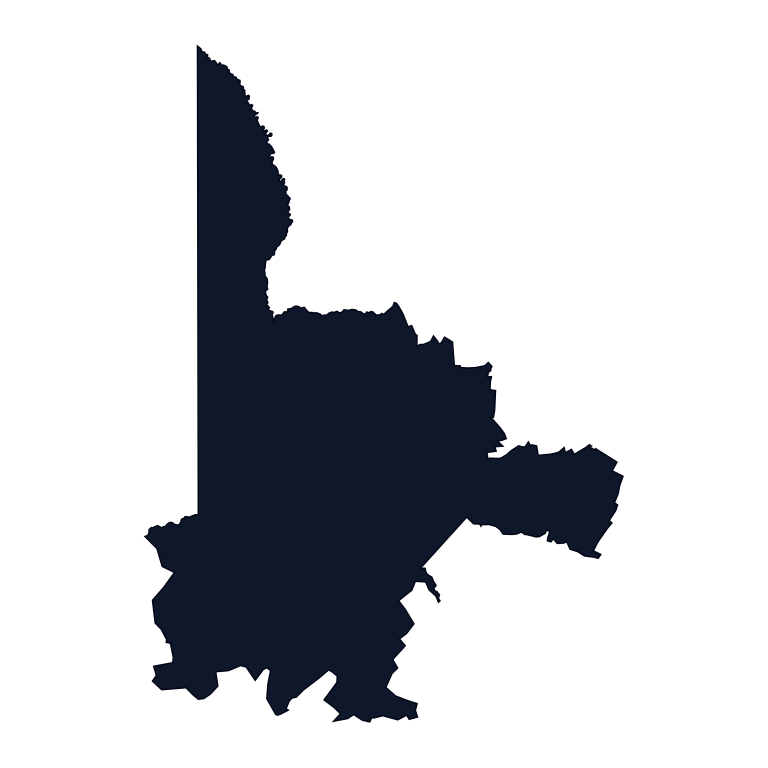 the district of Z F Mgcawu, Northern Cape, South Africa
{"feature_id": "47623444B49450251729649", "entity_name": "Z F Mgcawu", "entity_type": "district", "adm_level": 2, "iso_a3": "ZAF", "parent_name": "South Africa", "parent_adm1": "Northern Cape", "projection": "robinson", "projection_center": [20.762, -27.405], "detail": "fine", "context": "isolated", "style": "filled", "palette": "ink", "viewbox_px": 768, "rotation_deg": 0, "n_neighbors": 0, "source": "geoboundaries", "source_scale": "gbopen_adm2", "svg_char_len": 6086}
<svg xmlns="http://www.w3.org/2000/svg" viewBox="0 0 768 768"><path d="M589.3,444.7L586.6,447.0L574.3,454.4L571.4,449.4L565.4,452.8L564.1,447.6L559.1,452.0L555.0,453.3L549.9,454.3L538.1,455.4L536.6,445.9L531.9,444.9L530.8,446.1L528.4,442.0L525.0,447.1L521.9,446.8L518.6,445.8L511.0,450.8L507.0,454.5L501.0,458.1L498.4,458.5L490.2,458.2L487.1,458.6L487.6,456.3L486.8,452.4L496.1,451.2L494.8,446.7L502.8,446.1L497.5,441.1L501.8,440.3L506.2,438.6L504.3,433.6L500.5,428.3L493.3,420.1L490.5,417.6L493.4,417.4L494.6,410.5L495.5,390.6L490.0,389.8L490.3,382.0L491.4,376.7L487.5,376.9L488.3,372.3L490.5,370.9L490.9,368.3L491.9,366.4L488.3,362.5L484.8,365.8L475.8,367.6L469.2,368.0L460.3,367.7L460.4,365.9L454.3,365.6L452.5,342.1L444.6,337.2L442.0,341.7L439.9,344.2L438.6,343.2L437.5,341.1L433.5,336.0L430.6,341.5L423.4,344.5L420.2,344.5L416.9,346.2L417.0,335.3L415.4,334.5L411.7,325.6L408.0,326.8L403.1,314.2L398.6,306.2L396.3,303.2L394.4,302.6L393.4,304.7L393.1,306.8L392.1,306.9L391.2,308.1L388.3,310.2L384.3,314.0L383.6,314.4L381.8,313.4L380.1,314.8L376.2,315.1L372.7,311.8L370.6,311.6L369.1,312.9L366.8,312.0L365.1,314.4L362.1,313.0L360.7,311.8L358.2,311.7L355.8,310.0L351.9,309.4L348.8,310.4L344.0,309.8L342.3,311.8L340.3,312.8L339.2,312.8L337.0,311.3L334.4,312.4L331.8,312.1L328.7,313.3L326.9,315.1L324.5,315.1L322.3,316.0L320.2,314.1L316.2,312.7L314.2,313.1L312.1,312.5L308.8,312.5L306.0,309.7L304.5,307.4L303.4,307.4L301.7,308.3L297.7,306.2L295.1,306.2L290.6,308.9L287.9,309.0L287.5,311.9L284.2,311.9L282.7,314.2L281.7,315.0L277.9,315.0L276.4,315.5L275.6,316.2L274.4,319.3L273.1,320.3L273.3,319.6L272.1,314.3L273.1,312.7L272.8,311.7L268.7,310.2L268.4,309.4L269.3,307.7L267.8,305.8L266.2,304.8L267.6,303.3L267.9,302.4L266.6,300.0L267.6,297.0L266.1,295.4L265.4,292.0L265.6,290.8L267.6,289.3L267.0,286.4L267.5,283.1L267.3,279.9L267.1,278.7L264.9,275.8L264.9,272.7L264.3,270.0L265.0,268.0L265.7,260.9L266.6,259.8L269.2,259.5L272.2,255.0L274.0,255.0L274.6,253.2L274.4,251.3L276.1,249.0L276.9,246.8L279.5,244.8L281.2,240.8L284.6,238.8L284.9,237.2L286.3,235.5L286.5,233.5L287.4,231.6L287.3,228.7L287.8,227.4L288.6,226.2L290.5,224.9L292.6,221.1L292.0,219.9L290.2,219.9L288.0,217.6L288.0,217.0L289.9,215.6L290.3,214.4L288.7,213.4L287.7,211.6L289.3,210.1L289.6,208.7L289.2,207.0L287.4,204.8L288.8,202.6L289.1,200.5L290.1,199.2L290.1,198.5L286.0,194.0L285.5,191.2L287.0,190.0L287.1,187.4L286.1,186.4L284.2,186.2L283.8,185.5L283.6,184.7L284.5,182.8L284.1,181.0L284.6,179.5L284.4,178.9L283.8,178.6L282.7,179.1L280.6,181.8L279.0,181.4L279.6,179.1L281.5,177.3L281.7,176.0L280.6,175.0L278.2,174.9L278.1,171.8L276.7,168.1L275.6,166.6L272.3,164.4L271.9,162.1L273.3,159.5L273.4,157.4L271.7,156.7L270.5,157.8L269.4,157.7L269.5,156.2L270.9,153.4L273.7,153.3L274.5,152.3L271.4,146.5L269.0,144.1L267.3,143.9L266.9,143.3L266.9,141.7L268.5,139.8L267.5,137.4L267.7,136.7L268.2,136.3L271.1,136.2L271.7,135.4L271.9,134.1L271.0,133.2L270.3,133.2L268.6,135.3L266.2,135.2L265.5,133.1L267.4,131.3L267.1,130.5L266.5,130.0L264.6,131.1L263.8,130.8L263.5,130.0L264.3,127.8L263.9,126.6L262.8,126.0L261.3,126.8L260.0,126.6L259.5,125.9L257.0,120.2L258.0,118.1L257.9,117.1L257.2,116.8L255.1,117.6L254.2,116.7L254.6,115.3L257.4,113.5L257.8,112.7L255.8,112.9L254.8,111.3L252.7,110.9L251.3,108.5L252.6,105.3L251.5,104.6L249.5,105.3L248.9,104.7L248.5,103.1L246.8,101.5L246.6,100.9L246.9,100.2L248.5,99.6L249.1,98.6L249.3,96.1L248.3,95.3L246.6,96.3L245.1,95.8L244.7,95.0L245.1,93.4L244.3,92.5L244.9,91.0L243.9,89.5L242.9,89.3L243.4,87.5L243.1,86.7L240.8,85.9L239.4,84.0L240.1,82.5L239.9,80.4L236.9,79.2L236.1,77.3L233.8,76.8L232.6,74.4L230.3,73.6L229.1,72.2L229.2,70.1L227.6,69.3L226.9,67.0L226.2,66.3L223.3,65.0L222.1,65.8L220.0,62.8L219.4,62.9L218.5,64.6L217.6,64.8L215.0,61.2L214.2,60.6L211.0,61.3L210.3,60.7L209.7,58.4L207.3,57.1L207.6,54.7L205.0,54.1L204.8,52.3L201.8,51.7L200.9,48.9L197.5,46.1L198.3,514.9L195.4,514.7L189.1,517.2L186.3,516.6L185.0,516.8L183.6,518.6L181.8,519.0L181.0,520.5L181.1,521.7L179.3,524.5L178.1,525.2L174.4,524.4L172.3,522.7L169.9,522.4L167.8,523.6L165.4,526.4L162.8,527.0L162.3,528.2L157.6,525.6L154.5,526.9L153.3,527.9L151.3,527.6L149.0,529.8L149.2,531.1L148.7,533.7L147.9,535.3L145.0,536.5L157.0,548.6L162.2,566.4L174.5,572.4L163.8,587.3L152.5,600.3L155.2,623.0L161.3,629.3L166.6,639.5L166.3,642.4L170.4,643.1L173.3,657.3L172.8,662.7L153.7,666.3L156.4,675.4L152.5,681.1L161.7,689.7L186.0,687.7L193.1,694.9L198.3,699.2L199.1,699.1L203.8,698.5L210.1,694.3L217.8,686.1L215.7,671.7L228.4,670.6L240.6,665.5L246.2,667.0L255.2,680.3L263.3,669.5L266.7,667.6L270.6,670.5L267.9,684.5L266.8,698.7L275.7,714.4L277.6,715.1L280.7,714.0L288.2,710.1L286.0,708.8L289.1,701.2L291.9,698.1L296.3,697.1L303.2,690.1L319.7,677.5L328.6,669.8L332.4,672.0L337.3,676.2L336.9,682.5L324.1,699.9L334.0,707.4L340.5,713.7L333.7,721.2L347.7,718.5L353.6,714.5L362.4,720.2L369.8,721.9L371.6,717.7L374.0,717.9L382.8,715.7L397.8,719.8L406.7,715.1L409.2,719.3L417.5,717.0L415.3,710.3L417.1,703.7L408.0,700.8L395.5,696.0L385.8,687.4L392.0,673.5L397.6,668.0L392.7,659.5L405.2,645.7L399.4,638.9L406.5,633.5L413.9,623.8L405.2,609.3L398.6,600.7L411.8,590.2L415.3,581.3L425.7,581.9L429.0,589.7L436.0,596.2L438.5,602.2L440.0,600.8L438.4,598.3L439.4,594.6L438.0,593.4L437.3,592.0L434.7,590.6L433.9,588.5L433.9,587.9L435.8,586.0L435.9,584.9L433.7,581.9L431.8,577.1L428.4,575.2L426.9,573.7L425.9,572.1L425.0,568.3L423.1,568.1L421.7,569.2L420.9,567.7L466.7,517.1L473.6,523.8L480.0,524.1L480.9,526.1L482.0,524.6L489.2,524.5L496.0,526.5L499.9,529.5L503.2,534.1L512.0,534.4L516.5,534.0L521.4,532.0L525.0,534.5L527.0,534.6L536.0,536.9L539.4,536.6L545.3,533.2L546.4,530.0L549.8,531.5L548.0,537.2L547.4,540.8L550.9,541.8L553.2,538.8L557.2,543.4L564.1,543.0L566.7,541.6L570.1,549.2L577.6,551.6L584.4,555.9L594.3,557.2L598.1,558.3L600.8,554.5L593.3,550.9L597.4,542.9L599.9,539.0L607.7,527.9L611.9,523.0L609.2,520.5L615.9,510.2L617.5,504.8L614.4,502.9L618.2,493.4L619.6,485.7L623.0,476.3L612.1,470.8L616.9,462.1L595.5,448.6L594.5,450.1L591.9,448.3L591.1,448.8L590.4,446.1L591.2,445.9L589.3,444.7Z" fill="#0f172a" stroke="#020617" stroke-width="1.5"/></svg>